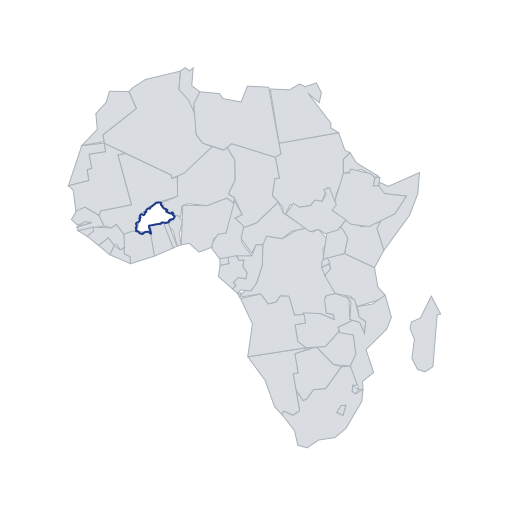 Burkina Faso on a map of Africa (Mercator projection), rotated 350°
{"feature_id": "BFA", "entity_name": "Burkina Faso", "entity_type": "country or territory", "adm_level": 0, "iso_a3": "BFA", "parent_name": "Africa", "parent_adm1": "", "projection": "mercator", "projection_center": [-1.603, 12.251], "detail": "fine", "context": "in_parent", "style": "outline", "palette": "blue", "viewbox_px": 512, "rotation_deg": 350, "n_neighbors": 49, "source": "natural_earth", "source_scale": "50m", "svg_char_len": 13029}
<svg xmlns="http://www.w3.org/2000/svg" viewBox="0 0 512 512"><g transform="rotate(350 256 256)"><path d="M343.6,268.9L370.7,288.0L370.6,307.6L376.4,317.0L372.3,320.1L347.0,323.3L342.8,312.4L327.5,306.8L321.8,297.4L320.3,287.1L327.5,281.2L325.8,269.9L343.6,268.9Z" fill="#d9dde1" stroke="#a8b0b8" stroke-width="1"/><path d="M126.2,118.5L126.1,127.2L109.4,126.9L109.5,141.3L104.8,141.8L104.5,152.6L83.4,154.3L103.6,117.0L126.2,118.5Z" fill="#d9dde1" stroke="#a8b0b8" stroke-width="1"/><path d="M320.3,287.1L327.5,306.8L317.2,307.8L315.4,324.7L321.7,326.7L322.2,332.4L309.2,323.8L283.6,321.0L281.5,301.4L273.1,299.6L267.6,305.0L259.7,305.4L253.9,294.1L232.7,293.7L240.0,287.1L245.0,289.5L252.2,282.1L260.6,266.2L265.2,242.6L269.9,238.3L284.9,243.5L301.5,237.2L310.3,237.3L315.7,242.2L322.2,240.6L329.7,252.8L323.1,261.0L320.3,287.1Z" fill="#d9dde1" stroke="#a8b0b8" stroke-width="1"/><path d="M382.9,272.7L379.8,249.8L385.6,242.4L400.1,238.5L414.5,223.1L393.6,217.0L387.8,209.8L390.8,205.1L398.3,210.4L431.5,202.2L426.2,222.7L414.3,242.5L382.9,272.7Z" fill="#d9dde1" stroke="#a8b0b8" stroke-width="1"/><path d="M370.7,288.0L343.6,268.9L349.4,254.3L344.2,242.3L350.8,235.9L365.2,245.7L384.2,244.0L379.8,249.8L382.9,272.7L370.7,288.0Z" fill="#d9dde1" stroke="#a8b0b8" stroke-width="1"/><path d="M296.0,221.9L292.1,219.6L290.3,218.2L290.8,212.3L282.5,199.3L288.1,183.0L292.5,183.3L292.3,159.8L298.2,159.8L298.2,148.9L358.8,148.9L361.9,167.3L366.6,170.6L358.7,176.2L355.7,194.2L345.4,209.5L344.0,219.6L337.7,201.0L330.6,213.7L323.7,211.2L318.4,215.9L307.1,215.5L298.5,211.3L292.5,219.9L296.0,221.9Z" fill="#d9dde1" stroke="#a8b0b8" stroke-width="1"/><path d="M292.2,162.1L292.5,183.3L288.1,183.0L282.5,199.3L287.3,206.8L262.2,223.6L248.5,226.1L241.8,215.1L249.5,212.8L245.0,195.4L239.6,189.9L248.4,177.9L251.7,157.7L246.3,144.1L251.5,141.1L292.2,162.1Z" fill="#d9dde1" stroke="#a8b0b8" stroke-width="1"/><path d="M254.0,416.5L256.4,413.6L264.8,419.2L272.1,415.8L272.1,394.7L277.2,406.4L280.8,405.8L289.5,397.5L301.6,398.7L320.8,379.8L329.8,380.7L333.6,392.4L333.1,400.8L329.0,400.1L327.2,405.9L330.2,409.0L338.2,405.9L335.0,417.5L314.6,441.4L302.2,448.5L285.8,448.1L273.0,453.8L264.3,449.7L263.6,434.7L254.0,416.5ZM318.5,418.7L313.9,418.1L308.4,424.1L314.0,428.0L318.5,418.7Z" fill="#d9dde1" stroke="#a8b0b8" stroke-width="1"/><path d="M318.5,418.7L314.0,428.0L308.4,424.1L313.9,418.1L318.5,418.7Z" fill="#d9dde1" stroke="#a8b0b8" stroke-width="1"/><path d="M329.8,380.7L313.6,376.5L299.5,356.1L308.6,357.2L325.1,344.2L338.2,350.7L337.3,370.0L329.8,380.7Z" fill="#d9dde1" stroke="#a8b0b8" stroke-width="1"/><path d="M320.8,379.8L301.6,398.7L289.5,397.5L280.8,405.8L277.2,406.4L272.1,394.7L272.1,378.5L277.1,378.3L277.3,358.9L299.5,356.1L313.6,376.5L320.8,379.8Z" fill="#d9dde1" stroke="#a8b0b8" stroke-width="1"/><path d="M272.1,378.5L272.1,415.8L264.8,419.2L256.4,413.6L254.0,416.5L248.2,407.9L243.3,379.9L230.4,353.8L298.6,355.3L277.3,358.9L277.1,378.3L272.1,378.5Z" fill="#d9dde1" stroke="#a8b0b8" stroke-width="1"/><path d="M85.1,194.0L80.5,188.0L88.2,178.9L96.1,178.1L108.3,188.6L111.7,200.0L85.3,200.3L84.5,196.3L99.8,194.5L85.1,194.0Z" fill="#d9dde1" stroke="#a8b0b8" stroke-width="1"/><path d="M111.7,200.0L108.3,188.6L110.9,184.5L142.2,183.9L137.5,132.4L145.4,132.3L186.6,161.5L186.6,164.9L192.3,164.4L189.1,183.6L165.1,186.7L150.0,194.6L142.9,210.8L129.5,211.7L123.9,200.7L118.6,203.2L111.7,200.0Z" fill="#d9dde1" stroke="#a8b0b8" stroke-width="1"/><path d="M83.4,154.3L104.5,152.6L104.8,141.8L109.5,141.3L109.4,126.9L126.1,127.2L126.2,118.5L145.4,132.3L137.5,132.4L142.2,183.9L110.9,184.5L108.3,188.6L96.1,178.1L86.4,180.6L87.4,159.3L83.4,154.3Z" fill="#d9dde1" stroke="#a8b0b8" stroke-width="1"/><path d="M184.2,232.0L180.0,232.6L179.0,217.3L174.4,210.3L185.0,201.1L189.9,208.9L184.4,220.5L184.2,232.0Z" fill="#d9dde1" stroke="#a8b0b8" stroke-width="1"/><path d="M246.3,144.1L251.7,157.7L248.4,177.9L239.6,189.9L245.0,195.4L242.9,199.8L237.3,194.0L216.5,198.0L198.3,192.6L191.5,194.3L188.9,204.1L175.7,197.9L172.4,187.0L189.1,183.6L192.3,164.4L231.8,140.7L242.7,146.1L246.3,144.1Z" fill="#d9dde1" stroke="#a8b0b8" stroke-width="1"/><path d="M184.2,232.0L192.8,193.2L216.5,198.0L237.3,194.0L244.9,201.9L230.5,228.3L217.6,231.1L213.9,239.7L200.6,242.3L192.6,232.0L184.2,232.0Z" fill="#d9dde1" stroke="#a8b0b8" stroke-width="1"/><path d="M244.5,197.8L249.5,212.8L241.8,215.1L249.3,224.7L244.4,239.9L251.9,255.2L219.8,252.4L213.8,241.1L215.2,236.0L222.2,228.0L230.5,228.3L244.5,197.8Z" fill="#d9dde1" stroke="#a8b0b8" stroke-width="1"/><path d="M175.1,207.6L180.0,232.6L175.9,233.7L170.2,209.1L175.1,207.6Z" fill="#d9dde1" stroke="#a8b0b8" stroke-width="1"/><path d="M170.6,207.5L175.9,233.7L155.9,238.5L155.5,207.7L170.6,207.5Z" fill="#d9dde1" stroke="#a8b0b8" stroke-width="1"/><path d="M129.5,211.7L138.8,210.0L156.1,214.6L155.9,238.5L131.1,241.8L131.8,234.9L126.6,231.0L129.5,211.7Z" fill="#d9dde1" stroke="#a8b0b8" stroke-width="1"/><path d="M100.5,199.3L118.6,203.2L123.9,200.7L129.5,211.7L128.2,224.7L123.5,226.6L120.7,220.3L116.9,221.3L113.7,212.5L102.9,218.4L93.2,207.3L100.5,199.3Z" fill="#d9dde1" stroke="#a8b0b8" stroke-width="1"/><path d="M85.3,200.3L100.5,199.3L100.3,203.3L93.2,207.3L85.3,200.3Z" fill="#d9dde1" stroke="#a8b0b8" stroke-width="1"/><path d="M127.4,224.7L126.6,231.0L131.8,234.9L131.1,241.8L112.1,229.3L118.3,221.0L123.5,226.6L127.4,224.7Z" fill="#d9dde1" stroke="#a8b0b8" stroke-width="1"/><path d="M102.9,218.4L113.7,212.5L118.3,221.0L112.1,229.3L102.9,218.4Z" fill="#d9dde1" stroke="#a8b0b8" stroke-width="1"/><path d="M310.3,237.3L295.2,237.9L284.9,243.5L269.9,238.3L264.7,246.2L258.0,245.0L252.3,252.5L244.3,236.2L248.5,226.1L262.2,223.6L287.3,206.8L290.3,218.2L310.3,237.3Z" fill="#d9dde1" stroke="#a8b0b8" stroke-width="1"/><path d="M264.7,246.2L260.6,266.2L252.2,282.1L245.0,289.5L234.9,286.8L231.3,289.8L227.2,284.4L231.0,281.6L229.1,278.2L234.7,274.0L242.0,276.7L244.2,270.9L241.2,263.9L243.4,258.0L238.3,257.4L237.3,252.5L251.9,255.2L258.0,245.0L264.7,246.2Z" fill="#d9dde1" stroke="#a8b0b8" stroke-width="1"/><path d="M228.1,252.5L236.6,252.2L238.3,257.4L243.4,258.0L241.2,263.9L244.2,270.9L242.0,276.7L234.7,274.0L229.1,278.2L231.0,281.6L227.2,284.4L215.4,269.7L219.0,258.9L228.1,258.7L228.1,252.5Z" fill="#d9dde1" stroke="#a8b0b8" stroke-width="1"/><path d="M219.8,252.4L228.1,252.5L228.1,258.7L219.0,258.9L219.8,252.4Z" fill="#d9dde1" stroke="#a8b0b8" stroke-width="1"/><path d="M327.5,306.8L340.2,313.7L337.4,334.8L340.1,336.1L324.6,340.5L325.1,344.2L308.6,357.2L289.0,355.0L282.3,347.3L282.5,330.5L293.1,330.6L292.6,320.2L309.2,323.8L322.2,332.4L321.7,326.7L315.4,324.7L315.8,311.1L318.6,307.2L327.5,306.8Z" fill="#d9dde1" stroke="#a8b0b8" stroke-width="1"/><path d="M337.8,311.4L345.6,316.2L347.0,334.1L352.7,339.5L349.4,351.1L346.5,339.5L337.4,334.8L341.5,318.1L337.8,311.4Z" fill="#d9dde1" stroke="#a8b0b8" stroke-width="1"/><path d="M347.0,323.3L361.9,323.6L376.4,317.0L378.7,339.9L372.0,350.7L348.1,367.2L351.6,391.1L339.1,398.0L338.2,405.9L334.3,405.8L329.8,380.7L337.3,370.0L338.2,350.7L325.4,346.2L324.6,340.5L340.1,336.1L346.5,339.5L349.4,351.1L352.7,339.5L347.0,334.1L347.0,323.3Z" fill="#d9dde1" stroke="#a8b0b8" stroke-width="1"/><path d="M334.3,405.8L330.2,409.0L327.2,405.9L329.0,400.1L334.3,405.8Z" fill="#d9dde1" stroke="#a8b0b8" stroke-width="1"/><path d="M231.3,289.8L235.0,289.6L232.7,293.7L231.3,289.8ZM233.4,295.3L253.9,294.1L259.7,305.4L267.6,305.0L273.1,299.6L281.5,301.4L283.6,321.0L293.1,321.8L293.1,330.6L282.5,330.5L282.3,347.3L289.0,355.0L230.4,353.8L240.7,322.1L233.4,295.3Z" fill="#d9dde1" stroke="#a8b0b8" stroke-width="1"/><path d="M326.1,276.4L327.5,281.2L320.3,287.1L318.7,278.6L326.1,276.4Z" fill="#d9dde1" stroke="#a8b0b8" stroke-width="1"/><path d="M421.7,326.0L427.8,345.3L424.2,345.3L411.0,395.7L402.4,399.4L395.4,395.9L391.8,383.6L397.6,365.3L395.0,354.4L397.5,348.0L407.0,345.7L421.7,326.0Z" fill="#d9dde1" stroke="#a8b0b8" stroke-width="1"/><path d="M84.5,196.3L93.5,192.5L99.8,194.5L84.5,196.3Z" fill="#d9dde1" stroke="#a8b0b8" stroke-width="1"/><path d="M218.9,101.5L208.9,78.7L213.5,60.8L219.1,58.2L222.5,62.2L226.8,59.8L222.3,77.2L229.2,84.5L218.9,101.5Z" fill="#d9dde1" stroke="#a8b0b8" stroke-width="1"/><path d="M126.2,118.5L126.2,110.1L163.8,89.9L159.4,72.0L164.3,68.6L178.0,62.9L213.5,60.8L208.9,78.7L216.7,90.8L220.6,106.7L218.1,126.0L223.1,135.6L231.8,140.7L199.5,162.0L186.6,164.9L186.6,161.5L126.2,118.5Z" fill="#d9dde1" stroke="#a8b0b8" stroke-width="1"/><path d="M356.5,189.6L358.7,176.2L366.6,170.6L371.0,181.7L390.5,198.7L386.8,199.5L374.9,189.1L356.5,189.6Z" fill="#d9dde1" stroke="#a8b0b8" stroke-width="1"/><path d="M103.6,117.0L121.7,103.7L123.0,88.0L135.2,78.6L140.2,68.3L159.4,72.0L163.8,89.9L126.2,110.1L126.2,117.0L103.6,117.0Z" fill="#d9dde1" stroke="#a8b0b8" stroke-width="1"/><path d="M358.8,148.9L298.2,148.9L299.0,94.0L318.1,98.2L328.7,94.1L333.7,97.8L345.5,96.1L348.8,106.3L344.9,116.1L335.5,104.8L352.8,138.2L351.9,142.8L358.8,148.9Z" fill="#d9dde1" stroke="#a8b0b8" stroke-width="1"/><path d="M297.8,92.0L298.2,159.8L292.2,162.1L251.5,141.1L242.7,146.1L223.1,135.6L218.1,126.0L221.3,95.2L229.2,84.5L248.4,89.8L250.7,95.2L268.0,101.8L277.0,87.2L297.8,92.0Z" fill="#d9dde1" stroke="#a8b0b8" stroke-width="1"/><path d="M414.5,223.1L400.1,238.5L372.5,246.6L355.2,241.3L338.8,224.2L356.5,189.6L362.5,190.7L364.1,186.8L382.9,194.7L386.8,199.5L383.7,207.3L388.9,207.9L393.6,217.0L414.5,223.1Z" fill="#d9dde1" stroke="#a8b0b8" stroke-width="1"/><path d="M386.8,199.5L391.7,200.3L388.9,207.9L383.7,207.3L386.8,199.5Z" fill="#d9dde1" stroke="#a8b0b8" stroke-width="1"/><path d="M343.6,268.9L321.6,270.9L330.1,244.7L344.2,242.3L346.6,245.9L349.4,254.3L343.6,268.9Z" fill="#d9dde1" stroke="#a8b0b8" stroke-width="1"/><path d="M325.8,269.9L327.6,275.8L318.7,278.6L320.1,272.3L325.8,269.9Z" fill="#d9dde1" stroke="#a8b0b8" stroke-width="1"/><path d="M328.0,246.1L322.2,240.6L313.4,241.5L292.5,219.9L302.2,210.6L307.1,215.5L318.4,215.9L323.7,211.2L330.6,213.7L336.0,207.1L334.3,202.5L340.1,201.4L344.0,219.6L338.8,224.2L350.8,235.9L341.0,244.7L328.0,246.1Z" fill="#d9dde1" stroke="#a8b0b8" stroke-width="1"/><path d="M175.1,207.6L173.8,207.6L173.3,207.8L173.0,207.8L173.0,207.7L171.3,207.2L170.1,206.9L169.0,206.7L168.9,206.9L168.7,207.1L168.3,207.1L168.2,207.3L168.0,207.5L167.7,207.6L167.4,207.8L167.2,207.9L166.9,207.6L166.6,207.6L165.9,207.6L165.6,207.5L165.2,207.5L164.2,207.6L162.7,207.4L162.4,207.5L160.8,207.6L159.1,207.6L157.7,207.6L156.4,207.6L156.0,207.6L155.7,209.0L155.6,209.7L155.8,210.1L156.0,210.4L156.2,210.5L156.3,210.7L156.1,210.9L156.1,211.1L156.3,211.3L156.4,211.5L156.3,212.3L156.5,213.2L156.5,213.8L156.3,214.1L156.4,214.5L156.7,215.2L156.7,215.4L156.6,215.6L156.4,215.7L156.1,215.7L155.8,215.3L155.7,215.2L155.4,214.8L155.2,214.4L155.0,214.2L154.7,214.0L154.4,213.5L154.0,213.3L153.7,213.4L153.2,213.3L152.2,213.1L151.1,213.2L150.7,213.3L150.3,213.5L149.1,213.9L148.7,214.1L148.4,214.6L148.0,214.6L147.6,214.4L147.4,214.2L146.9,214.2L146.4,214.0L145.9,213.6L145.6,213.4L145.1,213.1L145.0,212.5L144.7,212.1L144.5,211.5L144.1,211.2L143.6,211.1L143.0,211.1L142.6,210.9L142.3,210.5L142.4,210.2L142.5,209.8L142.5,209.4L142.6,208.7L142.6,207.9L142.5,207.3L142.8,207.1L143.2,206.9L143.4,206.5L143.7,205.6L143.8,204.8L143.7,204.5L143.6,204.3L143.5,204.0L143.4,203.6L143.5,203.2L143.8,202.9L144.2,202.6L144.4,202.5L145.1,202.4L146.0,202.2L146.5,201.9L146.9,201.7L147.1,201.5L147.3,201.2L147.6,200.9L147.9,200.6L147.9,199.8L147.9,199.3L147.7,199.0L147.6,198.8L148.9,198.2L148.9,197.7L148.7,197.2L148.5,196.8L148.4,196.5L148.8,196.1L149.1,195.8L149.3,195.5L149.8,195.1L150.3,195.0L150.8,195.1L152.2,196.1L152.5,196.2L152.8,196.1L153.2,195.8L153.6,195.6L153.8,195.0L153.8,194.1L153.9,193.7L154.2,193.6L155.0,193.8L155.4,193.7L155.6,193.5L155.6,193.2L155.8,192.1L156.3,191.5L157.3,190.7L157.6,190.5L158.0,190.4L159.7,191.0L160.0,190.8L160.4,189.5L160.9,189.3L161.5,189.3L161.8,189.2L162.0,189.1L162.9,188.6L164.3,187.8L165.1,187.5L165.3,187.4L165.9,186.9L166.6,186.3L167.1,186.2L167.8,186.2L168.2,186.3L168.3,186.4L168.4,186.5L169.3,186.3L170.5,186.7L171.6,187.1L171.5,187.3L171.5,187.7L171.4,188.4L171.3,189.2L171.8,189.8L172.3,190.3L172.5,190.6L172.3,191.1L172.4,191.5L172.7,192.0L173.2,192.7L173.7,193.4L174.0,193.5L174.3,193.6L174.5,193.7L174.8,193.8L175.1,193.9L175.3,194.1L175.5,194.2L175.7,194.7L176.2,194.9L176.6,195.2L176.5,195.4L176.0,195.3L175.5,195.2L175.5,195.4L175.5,196.2L175.5,196.9L175.6,197.0L176.1,197.1L177.2,198.0L178.2,198.8L178.5,199.0L179.0,199.1L179.6,199.1L179.9,199.1L180.5,198.6L180.8,198.6L181.1,198.6L181.5,199.0L181.8,199.5L181.9,199.9L181.8,200.1L181.3,200.3L181.1,200.4L181.0,200.5L181.2,200.9L181.7,201.6L182.5,202.6L182.7,202.9L182.6,203.2L182.2,204.0L181.9,204.3L180.6,205.4L180.0,205.2L178.7,205.5L178.5,205.2L178.2,205.2L177.8,205.2L177.6,205.3L177.5,205.6L177.2,206.0L176.8,206.2L176.5,206.2L176.4,206.2L176.3,206.5L176.1,206.7L176.0,206.9L176.0,207.2L175.9,207.2L175.7,207.2L175.4,207.4L175.2,207.6L175.1,207.6Z" fill="none" stroke="#1e3a8a" stroke-width="2"/></g></svg>